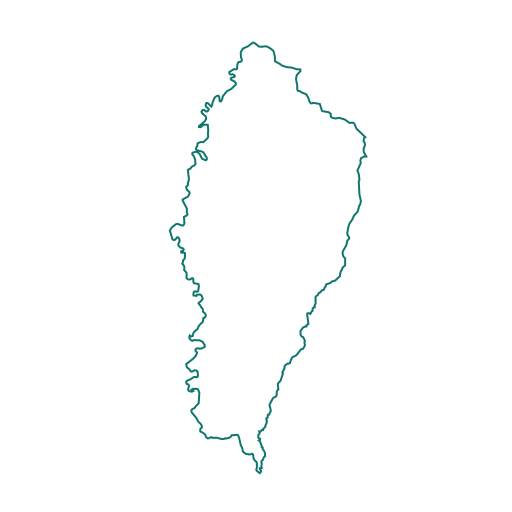 Santa Rita do Trivelato, Mato Grosso, Brazil (orthographic projection), rotated 224°
{"feature_id": "56859067B5892381335106", "entity_name": "Santa Rita do Trivelato", "entity_type": "district", "adm_level": 2, "iso_a3": "BRA", "parent_name": "Brazil", "parent_adm1": "Mato Grosso", "projection": "orthographic", "projection_center": [-55.302, -13.782], "detail": "fine", "context": "isolated", "style": "outline", "palette": "teal", "viewbox_px": 512, "rotation_deg": 224, "n_neighbors": 0, "source": "geoboundaries", "source_scale": "gbopen_adm2", "svg_char_len": 6147}
<svg xmlns="http://www.w3.org/2000/svg" viewBox="0 0 512 512"><g transform="rotate(224 256 256)"><path d="M224.2,372.0L233.8,380.9L234.3,382.4L236.0,383.9L239.1,386.4L242.4,387.9L245.2,395.6L247.1,397.0L248.4,399.2L247.6,402.2L245.8,404.2L250.8,405.7L253.4,408.2L253.8,409.9L255.3,412.2L257.2,413.2L258.3,413.2L259.1,414.2L260.2,415.9L259.9,417.4L272.2,417.4L277.5,419.6L279.5,418.8L281.0,416.7L286.8,415.9L292.1,413.2L294.3,410.2L296.7,408.6L298.1,408.1L299.2,408.4L300.9,410.2L303.5,410.0L308.6,406.5L309.5,406.3L315.7,409.7L320.7,406.3L322.3,404.1L323.5,403.9L325.8,404.7L328.2,406.1L332.2,407.2L336.7,405.4L338.4,405.2L340.8,403.9L342.3,404.7L345.0,407.5L349.8,410.8L351.5,413.0L352.3,414.5L352.5,419.8L353.7,421.0L356.3,418.7L361.2,416.3L365.3,413.1L369.7,411.0L372.3,410.7L377.6,409.3L380.9,412.5L384.9,415.1L386.1,415.6L389.5,415.4L393.3,414.4L394.9,413.4L397.5,410.2L399.4,408.7L404.2,408.3L406.4,407.6L407.5,401.1L409.5,396.1L408.5,392.0L404.9,388.5L402.7,387.6L401.7,385.9L402.2,384.6L403.2,383.7L403.1,382.4L402.1,380.3L399.7,377.6L400.0,376.2L401.7,375.1L403.0,369.7L402.1,368.9L400.9,368.7L400.0,369.2L399.1,370.5L397.4,371.0L396.1,370.6L396.0,369.4L397.5,367.4L397.5,366.1L396.1,365.5L392.8,366.6L390.7,366.4L389.6,365.3L389.8,359.0L391.3,354.9L391.3,353.1L390.8,347.7L389.2,345.3L388.6,342.8L389.7,342.2L392.9,344.9L394.3,345.2L395.3,344.1L395.8,341.5L395.5,340.2L393.4,335.4L392.5,334.4L392.0,332.4L397.0,332.5L398.0,331.6L397.6,330.3L396.5,329.1L395.2,328.7L392.7,328.9L391.7,328.5L391.3,326.4L392.1,325.4L394.9,324.9L395.8,324.0L395.5,322.0L394.1,321.2L389.2,321.5L388.0,320.8L387.0,319.7L386.5,317.6L386.7,313.9L387.3,310.0L386.5,309.2L385.3,310.2L384.9,313.9L383.2,315.8L381.7,316.8L377.4,313.0L376.2,311.3L373.1,308.4L372.7,307.1L373.0,301.3L375.1,299.4L376.3,296.5L374.6,294.2L374.1,291.9L373.2,291.1L371.9,291.0L368.0,293.3L366.0,294.0L359.7,292.5L358.6,291.5L358.4,290.3L359.5,289.5L362.6,288.5L367.1,290.2L370.0,290.1L371.5,289.5L373.4,286.2L372.7,285.0L369.6,284.5L366.7,283.0L363.4,280.1L363.2,278.6L364.2,275.9L363.9,272.6L364.6,271.8L364.6,270.4L357.4,264.5L355.5,260.9L354.6,260.3L354.1,258.8L354.4,257.4L353.3,256.4L351.8,255.7L348.1,255.7L347.3,255.0L346.2,251.5L348.0,245.7L347.2,244.9L338.6,242.1L336.8,239.9L334.1,238.3L334.1,236.6L335.0,234.1L330.0,229.6L329.6,227.5L330.1,226.7L334.8,224.6L335.6,223.6L336.3,219.0L336.3,216.9L335.5,214.4L327.7,210.0L326.2,210.3L325.5,211.5L325.7,214.8L324.7,215.3L323.3,215.2L321.4,213.8L320.1,210.5L319.3,209.8L317.1,209.5L316.1,209.6L314.1,210.7L312.4,210.4L312.3,209.1L313.1,207.5L312.3,206.6L311.4,206.9L310.6,208.2L309.0,208.7L306.0,205.4L305.4,204.0L305.5,202.3L304.3,201.0L303.7,199.2L301.1,199.0L299.8,198.2L297.9,196.0L294.4,195.7L292.5,194.0L290.9,192.0L289.7,191.8L287.9,192.4L287.0,193.6L286.6,195.8L285.3,196.0L282.7,193.6L281.6,193.4L278.0,195.8L276.3,194.9L273.3,190.7L273.6,189.1L275.1,188.5L275.8,187.2L275.2,185.9L273.6,184.2L271.2,185.9L271.6,187.0L270.2,188.8L268.7,189.7L266.7,189.4L264.5,188.1L264.2,184.3L264.7,183.4L264.5,182.0L261.8,181.7L259.8,181.0L258.3,181.1L257.2,180.7L255.4,179.1L252.5,179.3L250.9,178.5L250.2,177.3L250.1,175.9L250.8,174.9L248.5,171.7L248.7,167.8L248.4,165.4L247.2,162.5L247.7,160.8L247.7,158.3L247.5,157.2L246.0,154.4L246.6,153.1L248.4,152.9L247.9,151.6L246.6,150.5L244.2,150.3L242.9,150.7L242.4,152.2L237.9,156.2L234.9,157.2L230.8,156.2L229.8,155.1L230.5,152.5L231.7,150.6L234.1,148.9L234.6,147.7L234.4,146.4L233.2,145.6L231.5,145.7L230.8,144.7L229.9,142.1L229.9,138.3L231.1,129.7L228.4,127.9L225.3,128.2L222.7,127.7L221.8,128.2L220.7,131.3L219.6,132.1L217.8,132.3L214.5,129.5L214.2,127.7L216.2,126.4L216.7,125.3L217.6,121.4L218.9,118.6L219.0,117.3L218.2,116.4L216.9,115.9L215.4,116.6L214.2,116.3L211.9,112.6L210.9,112.3L209.7,112.6L207.8,113.9L207.3,115.3L209.5,115.2L209.0,116.9L207.8,117.7L206.5,119.3L204.9,119.7L201.8,118.3L194.9,110.2L195.0,106.6L194.6,103.9L195.5,101.5L195.4,100.4L194.6,99.4L193.4,98.8L186.6,98.1L182.5,96.7L179.4,96.8L176.7,96.1L175.9,95.1L176.0,93.4L175.3,92.0L174.1,91.1L171.9,91.9L168.5,92.3L166.1,91.0L164.3,91.2L163.1,92.3L162.8,94.0L162.0,94.8L160.9,95.0L157.9,98.1L154.3,100.0L152.0,101.9L151.5,103.5L150.6,104.0L149.0,106.7L148.6,108.2L149.0,110.0L145.5,114.2L144.5,114.6L142.0,113.6L135.7,109.4L132.6,108.3L129.4,106.2L125.9,106.6L122.7,108.8L121.2,111.2L120.0,111.0L117.0,108.6L114.2,108.0L112.7,108.3L111.3,107.4L108.4,104.5L107.4,102.5L106.2,102.0L102.5,102.4L102.6,104.5L103.4,105.2L104.9,105.3L105.8,106.0L104.6,107.4L105.9,108.3L107.8,110.9L108.9,111.3L109.7,112.6L109.4,113.8L110.6,116.8L110.4,118.4L112.8,120.5L114.1,121.2L117.4,121.9L118.2,122.9L119.3,122.5L120.0,123.3L124.6,125.5L125.8,125.2L125.6,126.3L126.0,127.3L127.0,126.9L128.6,127.2L130.1,129.1L130.0,130.3L130.7,131.6L131.7,132.0L130.8,132.6L130.9,134.9L130.0,135.7L130.7,136.8L130.6,139.7L131.5,140.6L132.3,143.2L133.0,143.8L133.5,145.0L135.1,145.5L135.8,146.8L135.3,147.7L137.2,150.1L136.4,151.1L137.3,153.2L137.4,154.4L139.9,156.5L142.5,157.9L143.2,159.0L145.0,165.4L144.8,166.9L144.1,168.3L144.2,169.8L146.6,172.6L147.3,174.1L147.2,175.5L151.4,179.1L151.7,180.4L151.7,183.3L152.3,184.6L155.0,190.2L156.2,190.5L157.2,194.5L158.8,196.5L159.1,197.6L158.6,200.4L157.8,201.1L157.2,202.6L158.9,206.0L159.5,208.4L158.0,212.7L158.7,219.0L158.7,220.5L157.8,221.8L158.3,224.7L159.1,226.1L161.1,227.4L161.9,229.0L165.6,230.4L166.9,229.9L168.3,230.0L169.7,230.7L171.9,232.9L172.5,237.4L171.9,238.4L171.7,239.7L170.8,240.3L171.5,241.7L171.1,243.5L178.1,249.1L179.2,250.3L178.3,251.6L176.7,252.1L177.4,254.7L177.2,255.9L178.8,257.6L178.8,259.0L178.1,259.9L179.2,260.6L180.2,263.5L181.9,264.7L182.4,265.7L184.4,267.4L184.8,268.6L184.5,271.4L185.2,273.2L184.5,274.4L184.7,277.1L183.8,278.7L184.7,281.1L184.7,282.3L185.8,284.5L183.8,288.1L183.7,290.4L182.0,293.1L181.6,299.7L183.4,302.0L184.6,304.8L184.8,306.4L185.6,307.3L185.4,311.2L190.3,316.3L192.5,316.3L193.8,316.9L195.6,318.1L196.7,319.4L198.5,326.4L201.0,330.5L201.0,332.9L201.7,334.0L205.0,334.8L206.3,335.9L209.8,341.1L211.3,344.4L212.0,348.8L213.5,352.9L213.7,358.6L216.7,364.0L216.9,365.5L218.7,368.4L224.2,372.0Z" fill="none" stroke="#0f766e" stroke-width="2"/></g></svg>